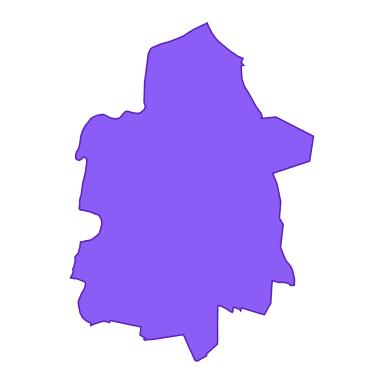 outline of Al Khanka, Al Qalyubiyah, Egypt
{"feature_id": "37247803B26389200974070", "entity_name": "Al Khanka", "entity_type": "district", "adm_level": 2, "iso_a3": "EGY", "parent_name": "Egypt", "parent_adm1": "Al Qalyubiyah", "projection": "albers", "projection_center": [31.361, 30.23], "detail": "fine", "context": "isolated", "style": "filled", "palette": "violet", "viewbox_px": 384, "rotation_deg": 0, "n_neighbors": 0, "source": "geoboundaries", "source_scale": "gbopen_adm2", "svg_char_len": 5762}
<svg xmlns="http://www.w3.org/2000/svg" viewBox="0 0 384 384"><path d="M230.9,51.6L229.5,50.5L227.0,48.5L224.8,46.6L222.3,44.6L219.9,42.6L218.1,41.1L216.3,39.1L213.4,35.1L212.2,33.3L211.7,32.7L210.1,29.5L208.3,25.9L207.2,23.0L193.6,29.5L188.5,32.6L184.1,35.7L177.3,38.6L169.9,41.5L167.2,42.3L164.2,43.1L160.4,44.1L155.5,46.3L152.5,47.5L151.1,48.5L150.1,49.8L148.3,53.8L146.8,66.1L146.4,68.8L146.1,71.3L144.6,82.1L144.1,101.0L144.1,102.8L145.5,106.3L144.0,109.9L140.9,112.4L138.3,113.5L134.3,113.0L131.3,112.4L129.4,111.7L126.5,111.2L124.5,112.3L120.2,117.5L118.2,118.4L115.0,118.9L112.8,118.4L110.5,117.9L107.6,116.5L105.2,115.2L102.9,114.4L102.0,114.5L99.6,114.9L97.3,115.3L93.9,116.7L91.8,118.0L90.4,119.1L88.7,121.6L85.6,125.3L83.6,128.6L82.2,131.9L81.1,135.3L80.5,137.8L80.4,140.3L80.0,142.4L79.7,144.7L78.6,148.6L77.4,150.4L76.5,152.2L75.9,154.5L75.7,156.3L75.6,158.3L77.1,159.7L78.6,160.1L79.5,160.3L80.4,159.7L81.3,159.2L82.6,157.9L84.1,157.2L85.5,157.5L86.8,159.9L86.7,161.8L86.7,162.7L85.5,171.9L82.8,183.3L81.0,196.0L80.3,197.4L80.0,198.9L79.6,200.8L79.7,204.0L79.2,208.7L79.9,209.5L80.4,210.0L83.0,210.2L85.5,210.8L89.1,211.6L92.8,212.8L95.4,214.1L97.7,214.7L99.2,215.5L99.5,216.4L101.2,219.1L101.4,220.3L101.6,221.1L101.8,224.0L101.1,226.9L100.2,230.5L99.0,233.9L95.9,236.4L93.4,238.4L90.4,240.2L85.3,240.9L83.6,241.6L81.4,241.9L80.5,242.0L80.1,245.3L79.8,248.2L79.2,249.3L78.5,252.9L76.1,255.5L75.0,256.8L75.2,260.6L74.4,265.0L72.7,269.8L73.3,270.8L72.8,273.5L70.9,276.9L70.5,277.9L72.3,278.2L74.3,278.7L76.3,278.5L83.1,281.2L84.8,281.9L85.6,283.8L84.7,287.7L83.4,290.5L81.6,293.3L80.5,296.2L79.4,298.6L78.4,301.3L78.3,303.4L78.6,305.1L79.1,307.8L79.6,310.0L80.1,312.9L81.1,314.8L82.4,317.5L82.8,318.0L83.9,318.8L86.0,320.7L88.3,322.0L91.1,323.3L90.9,324.8L90.8,325.5L92.2,324.9L95.3,323.6L97.2,323.0L100.6,321.9L102.0,321.6L103.2,321.3L104.8,321.4L106.5,321.6L107.7,322.1L109.5,322.5L110.0,320.5L112.7,321.0L116.1,321.7L118.4,322.2L120.7,322.7L123.0,323.1L124.5,323.5L125.5,323.7L127.4,324.1L129.7,324.6L132.0,325.1L135.1,325.7L136.2,325.9L137.1,326.1L137.7,326.3L138.3,326.4L138.9,326.5L139.6,326.6L140.2,326.8L140.9,327.1L140.9,328.1L140.8,328.8L140.7,329.5L140.6,330.2L140.6,330.4L140.5,331.4L140.4,332.1L140.3,332.9L140.1,334.0L140.1,335.0L141.1,335.7L141.9,336.0L142.3,336.4L143.1,337.0L143.9,337.4L144.5,337.8L145.1,338.1L144.2,338.8L143.8,339.3L144.3,339.7L144.7,340.1L145.3,340.1L147.4,339.8L149.3,339.5L150.6,339.5L151.2,339.5L152.0,339.5L152.9,339.4L154.0,339.2L154.6,339.1L155.2,339.0L155.9,338.9L156.4,338.8L156.9,338.8L157.4,338.7L158.2,338.6L158.9,338.4L159.7,338.3L160.5,338.2L161.9,338.0L163.3,337.7L164.7,337.5L165.3,337.4L166.1,337.3L166.8,337.2L167.5,337.1L168.2,337.0L168.9,336.9L169.9,336.7L170.6,336.6L171.2,336.5L172.1,336.4L172.8,336.3L174.0,336.1L175.3,335.9L176.2,335.8L177.3,335.6L177.8,335.5L180.9,335.1L182.2,334.8L183.5,334.7L184.0,335.9L184.3,336.6L184.6,337.2L184.9,337.8L185.3,338.7L185.6,339.5L186.5,341.4L187.4,343.6L187.8,344.5L188.2,345.4L188.5,346.1L188.7,346.7L189.1,347.4L189.5,348.3L189.8,348.9L190.1,349.6L190.4,350.3L191.2,351.9L191.4,352.4L191.7,353.1L192.0,353.7L192.3,354.4L192.6,355.1L192.8,355.7L193.2,356.5L193.6,357.3L193.9,358.0L194.2,358.6L194.5,359.3L195.0,360.2L195.8,360.7L196.5,361.0L197.2,360.9L197.9,360.8L198.6,360.4L199.4,359.9L200.0,359.5L200.5,359.2L201.3,358.7L201.9,358.4L202.8,358.0L203.6,357.5L204.5,357.0L205.3,356.5L206.3,356.0L206.7,355.7L206.6,355.0L206.5,354.2L206.8,353.7L207.5,353.0L208.2,352.5L208.7,352.0L209.2,351.6L212.6,348.4L215.9,345.6L216.7,344.8L217.3,344.1L217.6,340.5L217.6,335.3L217.5,332.6L217.6,330.1L217.6,328.5L217.5,325.8L217.5,323.0L217.6,318.8L217.6,317.6L217.6,316.8L217.6,315.3L217.6,314.3L217.7,312.6L217.7,310.5L217.8,306.7L218.3,305.4L218.9,305.5L219.0,305.5L219.5,305.7L220.1,305.8L220.6,306.0L221.3,306.3L221.8,306.5L222.3,306.7L222.7,306.9L223.3,307.1L223.8,307.4L224.4,307.7L225.0,308.1L225.6,308.4L226.1,308.7L226.9,309.2L227.6,309.6L228.2,310.0L228.8,310.4L229.5,310.8L230.1,311.2L230.7,311.6L231.3,311.9L232.1,312.4L232.8,311.8L233.0,311.1L233.0,310.1L233.0,309.3L233.0,308.3L233.3,307.5L234.0,307.3L234.5,307.5L236.3,308.1L237.4,308.5L238.8,309.0L239.4,309.3L239.9,309.7L240.3,310.3L240.6,310.8L241.2,309.0L241.6,307.8L247.4,309.6L250.5,310.6L253.5,311.5L254.1,311.7L256.3,312.3L258.1,312.9L260.3,313.6L261.0,313.7L262.7,314.2L264.5,314.7L266.2,311.4L268.4,307.4L269.2,305.9L270.3,304.2L270.7,303.3L270.9,302.3L271.0,300.9L271.0,300.3L270.9,299.5L271.0,298.9L271.0,298.2L271.1,297.2L271.1,296.4L271.1,295.9L271.2,295.3L271.3,294.7L271.3,293.9L271.4,293.1L271.4,292.5L271.4,291.9L271.5,290.9L271.5,289.9L271.6,289.0L271.6,288.2L271.7,287.3L271.7,286.6L271.8,285.9L271.9,285.2L271.9,284.4L272.0,283.9L272.0,283.1L272.1,282.4L272.1,281.7L272.4,280.7L273.1,280.9L273.8,281.1L274.4,281.3L275.0,281.4L275.6,281.6L276.1,281.7L277.6,282.1L278.2,282.2L278.7,282.4L279.2,282.5L279.8,282.5L280.6,282.4L281.3,282.4L282.0,282.4L282.9,282.4L283.9,282.4L284.7,282.5L285.3,282.6L285.9,282.8L286.6,283.0L287.5,283.2L288.1,283.4L288.9,283.8L289.7,284.3L289.9,284.9L290.4,285.3L291.1,285.4L291.7,285.5L292.4,285.4L292.9,285.4L293.5,285.2L294.2,285.3L294.4,284.2L294.4,283.1L294.4,282.2L294.4,281.5L294.5,280.3L294.5,279.2L294.3,277.9L294.0,276.8L293.8,276.2L293.6,275.0L293.3,274.0L293.1,273.1L293.0,272.4L292.8,271.7L292.7,271.1L292.5,270.5L292.3,269.6L292.1,269.0L291.6,268.4L291.1,267.6L291.0,266.9L285.5,259.9L280.5,247.2L283.2,224.5L279.4,218.1L280.7,201.7L277.0,184.0L272.7,173.3L309.6,161.1L313.5,136.3L275.8,117.0L261.4,118.5L262.1,117.1L261.3,113.7L256.2,106.8L248.7,93.2L244.4,86.4L241.9,78.8L241.1,66.0L243.7,65.2L241.1,62.6L242.1,60.5L243.0,58.4L242.0,57.9L237.5,56.2L233.6,53.3L230.9,51.6Z" fill="#8b5cf6" stroke="#5b21b6" stroke-width="1.5"/></svg>